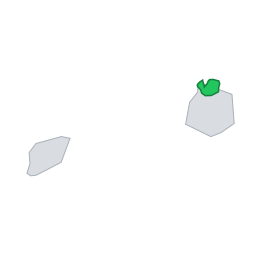 Saint Philip highlighted on a map of Antigua and Barbuda, rotated 256°
{"feature_id": "ATG-5095", "entity_name": "Saint Philip", "entity_type": "Parish", "adm_level": 1, "iso_a3": "ATG", "parent_name": "Antigua and Barbuda", "parent_adm1": "", "projection": "natural_earth1", "projection_center": [-61.693, 17.064], "detail": "fine", "context": "in_parent", "style": "filled", "palette": "green", "viewbox_px": 256, "rotation_deg": 256, "n_neighbors": 0, "source": "natural_earth", "source_scale": "10m", "svg_char_len": 739}
<svg xmlns="http://www.w3.org/2000/svg" viewBox="0 0 256 256"><g transform="rotate(256 128 128)"><path d="M143.8,224.9L135.5,237.0L106.7,232.1L101.0,217.0L99.6,206.3L117.7,184.8L138.0,194.0L145.9,204.2L151.6,206.2L151.5,214.9L149.3,221.3L143.8,224.9ZM135.8,61.3L132.0,69.3L110.9,54.8L104.4,27.7L105.1,22.0L108.6,19.0L117.0,24.2L128.2,26.2L135.2,35.0L135.8,61.3Z" fill="#d9dde1" stroke="#a8b0b8" stroke-width="1"/><path d="M144.1,207.9L147.6,207.7L151.1,205.6L153.0,205.6L154.3,207.1L155.2,208.6L156.4,212.0L154.6,211.9L151.0,212.2L149.3,212.0L151.7,215.4L153.9,217.0L155.2,218.7L154.6,222.2L151.7,227.5L148.8,227.7L145.4,225.8L141.2,224.5L139.4,216.6L140.7,210.7L144.1,207.9Z" fill="#22c55e" stroke="#15803d" stroke-width="1.5"/></g></svg>